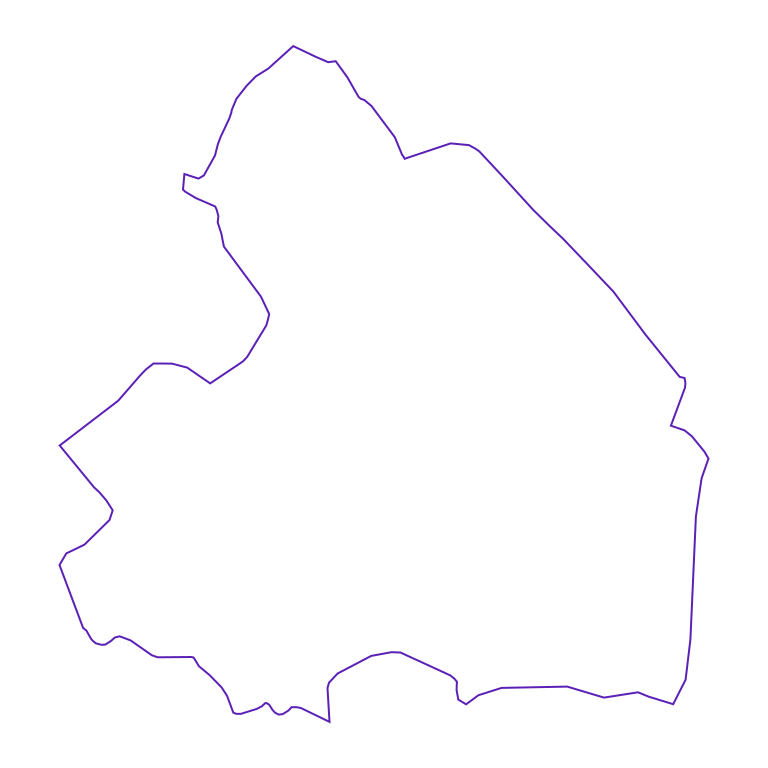 an SVG outline of Drenthe
{"feature_id": "NLD-894", "entity_name": "Drenthe", "entity_type": "Province", "adm_level": 1, "iso_a3": "NLD", "parent_name": "Netherlands", "parent_adm1": "", "projection": "albers", "projection_center": [6.524, 52.908], "detail": "fine", "context": "isolated", "style": "outline", "palette": "violet", "viewbox_px": 768, "rotation_deg": 0, "n_neighbors": 0, "source": "natural_earth", "source_scale": "10m", "svg_char_len": 1797}
<svg xmlns="http://www.w3.org/2000/svg" viewBox="0 0 768 768"><path d="M708.5,458.5L701.6,478.3L695.9,516.5L690.4,639.5L685.6,679.7L673.2,704.2L648.5,696.6L638.0,692.3L604.0,697.6L567.2,686.6L501.6,687.9L478.5,695.2L466.1,704.3L465.6,704.0L458.3,699.6L456.6,690.1L456.9,681.7L454.3,678.6L450.3,675.4L400.4,652.5L391.4,652.2L371.2,655.9L337.6,673.5L329.0,682.7L327.5,688.0L329.5,721.9L300.9,708.0L296.7,707.2L291.5,707.2L288.5,710.5L282.8,714.1L278.8,714.6L275.2,712.8L272.5,709.9L269.2,704.7L267.0,703.3L265.4,703.0L261.8,706.3L256.8,708.9L240.7,713.9L236.1,713.8L233.3,712.6L232.6,710.8L227.0,695.7L221.5,687.3L209.5,675.0L199.0,666.3L193.6,657.5L191.1,657.0L157.7,657.3L151.9,655.3L130.6,640.4L119.7,636.3L114.9,637.5L110.9,641.0L105.3,644.6L101.3,644.8L95.8,643.3L92.9,640.9L91.1,638.9L86.4,630.6L83.1,627.9L59.5,565.0L66.3,553.4L84.5,544.6L109.5,520.0L112.7,510.3L106.4,500.5L99.3,492.2L94.1,487.4L59.7,445.5L118.2,400.7L141.2,374.3L146.0,369.4L153.5,363.5L171.8,363.6L187.2,367.6L210.2,383.4L243.1,361.3L247.3,356.7L266.3,325.4L268.1,319.1L269.2,314.1L261.0,296.7L223.9,246.6L221.4,233.8L217.7,222.4L218.4,216.2L216.7,209.8L215.2,206.5L195.9,198.1L185.2,191.7L183.0,189.6L184.4,174.0L198.5,178.6L203.9,175.4L215.0,155.5L217.9,144.1L220.7,136.7L229.3,118.5L231.3,112.7L231.8,109.9L236.4,98.8L246.7,85.7L255.8,76.4L268.4,68.5L293.2,46.1L315.7,56.8L328.2,62.2L335.7,61.2L347.3,77.2L358.5,96.8L360.6,98.7L364.3,100.0L371.4,105.9L394.8,137.2L402.1,154.8L403.4,156.5L404.7,158.8L408.4,157.5L450.6,143.4L468.9,145.1L475.3,148.6L479.3,151.4L503.4,177.2L533.5,210.2L549.8,226.2L562.8,238.5L586.8,263.6L613.4,291.6L645.7,334.9L679.7,376.9L684.5,378.0L685.4,382.9L685.1,387.4L670.9,425.7L684.6,430.4L691.8,436.2L704.4,451.6L708.2,458.1L708.5,458.5Z" fill="none" stroke="#5b21b6" stroke-width="2"/></svg>